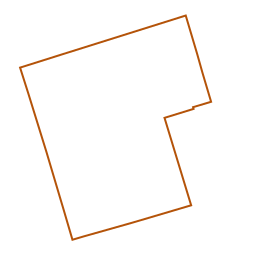 Livingston, Illinois, United States of America, rotated 254°
{"feature_id": "52423323B19180764669845", "entity_name": "Livingston", "entity_type": "district", "adm_level": 2, "iso_a3": "USA", "parent_name": "United States of America", "parent_adm1": "Illinois", "projection": "mercator", "projection_center": [-88.597, 40.865], "detail": "fine", "context": "isolated", "style": "outline", "palette": "amber", "viewbox_px": 256, "rotation_deg": 254, "n_neighbors": 0, "source": "geoboundaries", "source_scale": "gbopen_adm2", "svg_char_len": 367}
<svg xmlns="http://www.w3.org/2000/svg" viewBox="0 0 256 256"><g transform="rotate(254 128 128)"><path d="M127.2,43.0L76.4,43.5L67.4,43.6L35.9,43.8L36.0,55.7L35.8,106.3L36.3,167.4L127.7,165.9L128.3,196.3L130.1,196.3L130.3,215.1L160.8,214.8L179.9,214.9L220.2,214.5L216.9,82.9L215.8,40.9L188.2,41.7L127.2,43.0Z" fill="none" stroke="#b45309" stroke-width="2"/></g></svg>